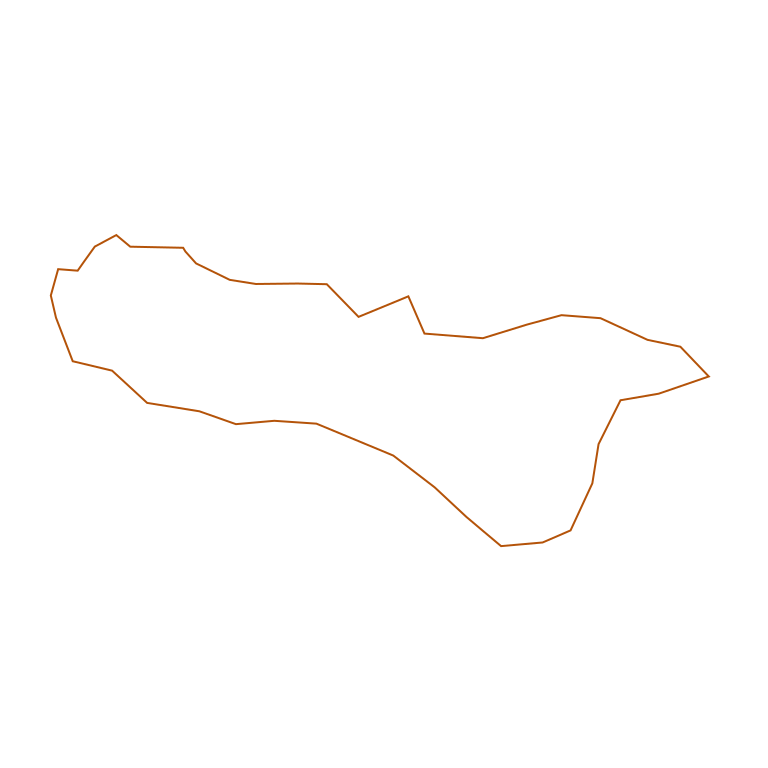 Seo-gu, Daejeon, South Korea (orthographic projection), rotated 265°
{"feature_id": "91817680B57044302860475", "entity_name": "Seo-gu", "entity_type": "district", "adm_level": 2, "iso_a3": "KOR", "parent_name": "South Korea", "parent_adm1": "Daejeon", "projection": "orthographic", "projection_center": [127.358, 36.275], "detail": "fine", "context": "isolated", "style": "outline", "palette": "amber", "viewbox_px": 768, "rotation_deg": 265, "n_neighbors": 0, "source": "geoboundaries", "source_scale": "gbopen_adm2", "svg_char_len": 700}
<svg xmlns="http://www.w3.org/2000/svg" viewBox="0 0 768 768"><g transform="rotate(265 384 384)"><path d="M537.2,195.8L542.9,143.2L555.7,130.3L546.1,107.9L532.6,96.3L523.6,88.7L526.8,69.4L501.2,59.8L478.7,63.0L433.8,75.9L421.0,114.3L385.8,146.4L372.9,197.7L356.9,233.0L356.9,271.5L350.4,313.2L311.9,387.0L276.6,425.5L244.5,454.4L228.4,470.4L212.3,486.5L212.3,521.8L212.3,528.2L221.9,557.1L266.9,582.9L305.4,592.5L347.2,618.2L350.4,656.8L363.2,708.2L395.3,682.5L405.0,650.4L430.7,605.4L437.1,566.8L430.7,531.5L421.0,486.5L430.7,428.7L469.2,415.9L453.1,364.5L488.4,335.7L491.6,306.8L494.8,265.1L501.2,239.4L520.5,207.3L533.3,197.7L537.2,195.8Z" fill="none" stroke="#b45309" stroke-width="2"/></g></svg>